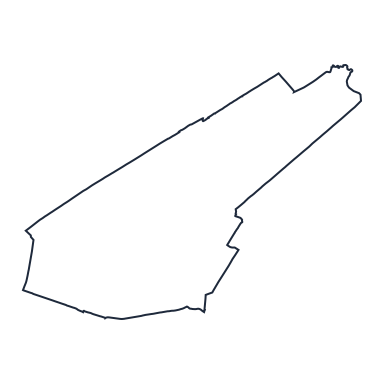 Marsa, Giurgiu, Romania (Natural Earth projection)
{"feature_id": "2599482B58006673270206", "entity_name": "Marsa", "entity_type": "district", "adm_level": 2, "iso_a3": "ROU", "parent_name": "Romania", "parent_adm1": "Giurgiu", "projection": "natural_earth1", "projection_center": [25.561, 44.365], "detail": "fine", "context": "isolated", "style": "outline", "palette": "slate", "viewbox_px": 384, "rotation_deg": 0, "n_neighbors": 0, "source": "geoboundaries", "source_scale": "gbopen_adm2", "svg_char_len": 5779}
<svg xmlns="http://www.w3.org/2000/svg" viewBox="0 0 384 384"><path d="M204.1,312.1L204.2,311.8L204.3,311.1L204.7,310.3L204.9,309.7L204.5,309.4L204.8,306.2L205.5,298.5L205.7,294.9L209.5,293.5L212.3,292.5L213.5,290.3L218.5,281.8L221.7,276.8L228.6,265.9L231.1,261.6L232.6,258.9L234.5,256.1L235.3,254.9L238.0,250.7L238.5,249.9L234.7,247.5L234.0,247.5L232.0,247.5L230.3,247.1L228.5,246.0L227.2,245.0L230.9,238.9L233.9,234.0L234.6,233.0L234.6,232.8L234.8,232.6L235.1,231.9L235.8,231.0L236.6,229.7L237.5,228.5L237.9,228.0L238.4,227.0L239.0,226.0L239.4,225.4L240.1,224.2L241.0,223.0L241.2,222.8L241.8,222.5L242.2,222.2L242.3,222.0L242.2,221.5L242.0,220.9L242.0,220.7L242.1,219.8L242.0,219.6L241.7,219.2L241.2,218.7L240.7,218.2L240.5,217.9L237.7,216.9L235.5,216.2L235.3,216.1L235.3,215.9L235.3,215.6L235.5,215.3L235.8,214.8L236.0,214.4L235.7,214.3L235.7,214.1L235.6,213.8L236.1,211.7L235.8,209.9L235.7,209.2L236.5,208.6L238.4,207.1L241.2,204.8L244.5,202.0L245.2,201.2L246.6,199.9L248.1,198.4L249.2,197.5L251.2,195.9L251.7,195.6L253.6,194.1L256.4,191.6L257.1,191.0L261.1,187.6L262.3,186.4L265.7,183.5L269.1,180.9L271.0,179.3L274.7,176.1L277.2,173.9L283.1,168.8L285.5,166.8L286.1,166.2L294.3,159.1L296.5,157.3L299.2,155.0L300.6,153.8L303.9,151.0L306.8,148.6L309.3,146.5L312.4,143.5L319.8,137.3L322.4,135.0L323.7,133.9L326.7,131.4L329.2,129.2L331.5,127.2L332.8,126.0L340.9,119.2L343.3,117.1L351.2,110.1L354.7,107.2L361.0,100.9L360.5,94.7L359.1,93.2L353.7,91.1L349.0,87.6L347.5,85.4L346.8,81.6L347.0,80.2L347.9,78.3L348.2,77.6L348.5,76.8L349.1,76.1L349.5,75.5L349.8,74.8L349.9,74.3L350.1,73.7L350.3,73.1L350.4,72.6L350.7,72.2L350.9,72.1L351.8,71.7L352.2,71.3L352.3,70.9L352.3,70.4L352.2,70.1L351.4,69.4L350.9,69.2L350.6,69.3L349.6,69.9L349.2,70.0L348.8,69.9L348.3,69.6L347.9,69.5L347.6,69.3L347.4,68.9L347.4,68.5L347.5,68.3L347.2,67.8L347.1,67.6L347.2,67.1L347.4,66.6L347.3,66.2L347.0,65.8L346.6,65.5L346.0,65.1L345.5,65.0L345.1,65.0L344.6,65.1L344.0,65.2L343.4,65.2L343.2,65.4L343.2,65.6L343.2,65.9L343.3,66.2L343.2,66.5L342.9,66.9L342.7,66.9L342.3,66.9L341.5,66.7L340.9,66.5L340.5,66.4L340.2,66.5L339.3,67.2L339.1,67.8L338.7,67.9L338.4,67.8L338.2,67.6L338.2,67.4L338.4,67.2L338.5,66.9L338.5,66.3L338.4,66.1L338.2,66.0L337.8,65.8L337.4,65.9L337.0,66.1L336.8,66.5L336.6,66.8L335.8,66.9L335.3,66.9L334.9,66.7L334.0,66.6L333.9,66.5L333.9,66.3L333.9,66.0L333.9,65.8L333.5,65.5L333.2,65.4L332.8,65.5L332.7,65.8L332.8,66.3L332.7,66.6L332.6,66.9L331.4,67.3L331.5,68.3L331.4,68.5L330.5,71.4L330.4,71.7L330.2,72.0L329.8,72.2L329.6,72.2L328.6,72.1L327.1,71.8L326.6,71.9L326.4,72.0L326.1,72.1L325.6,72.4L322.8,74.5L321.5,75.5L318.8,77.5L316.4,79.4L314.1,81.0L312.8,81.9L305.3,86.6L304.0,87.4L303.0,87.9L294.0,92.1L294.2,91.5L293.6,90.7L292.8,89.7L291.6,88.3L285.8,81.6L281.7,77.1L278.6,73.4L274.4,76.2L273.0,77.0L271.8,77.8L270.8,78.3L268.2,79.9L267.3,80.6L264.6,82.2L263.9,82.5L257.3,86.8L255.0,88.1L253.3,89.1L252.0,89.9L251.0,90.5L249.8,91.3L249.4,91.5L247.2,93.0L245.6,94.0L244.4,94.6L242.3,95.9L241.5,96.4L241.6,96.5L241.2,96.6L240.3,97.1L239.0,98.0L238.2,98.5L237.5,98.9L236.8,99.5L235.8,100.1L235.3,100.4L234.0,101.1L232.6,102.1L231.3,102.9L229.9,103.6L229.3,104.1L228.1,104.9L227.7,105.2L226.4,106.1L224.6,107.2L222.6,108.7L221.8,109.2L220.6,109.8L220.1,110.1L218.7,111.0L215.9,112.8L215.3,113.1L215.1,113.2L215.0,113.5L214.2,113.5L211.1,115.7L208.8,117.1L209.0,117.2L208.9,117.8L208.3,118.1L207.9,118.1L206.5,119.1L205.9,119.5L205.7,119.8L205.2,120.1L203.3,121.1L203.0,121.1L202.8,120.9L202.6,120.5L202.6,120.2L202.6,119.7L202.7,119.3L202.9,118.8L203.0,118.3L202.8,118.3L200.1,119.7L191.6,124.4L190.3,124.6L188.2,125.8L185.1,128.1L184.0,128.8L182.3,129.8L180.9,130.3L178.9,131.7L179.2,132.3L178.9,132.4L176.6,133.9L174.6,135.1L172.7,136.1L169.5,138.1L168.6,138.6L168.0,138.7L167.2,139.2L163.8,141.2L159.8,143.6L156.2,145.9L144.1,153.5L141.2,155.4L134.6,159.5L129.5,162.6L126.4,164.4L122.3,167.0L118.0,169.6L114.4,171.8L113.3,172.5L112.2,173.1L108.4,175.4L105.6,177.0L104.6,177.6L103.0,178.7L100.9,180.0L95.2,183.4L92.1,185.3L86.4,189.2L83.3,190.9L71.8,198.7L68.8,200.8L67.0,202.0L63.8,204.0L61.1,205.9L55.1,209.8L52.0,211.9L51.0,212.5L46.8,215.3L45.0,216.4L43.9,217.2L42.8,218.0L42.5,218.2L40.1,219.7L38.5,220.9L30.7,227.0L25.8,230.7L30.8,235.4L30.9,237.0L33.5,239.9L31.9,251.5L30.8,257.8L28.9,268.8L28.8,269.4L28.7,270.0L28.5,270.7L27.6,275.5L26.7,279.7L26.4,281.0L25.9,282.7L24.4,286.4L23.0,290.1L23.9,290.5L30.9,292.9L32.0,293.2L32.4,293.4L32.8,293.7L33.2,293.8L33.5,294.0L33.8,294.1L39.8,296.1L52.5,300.4L54.5,301.1L66.2,305.1L66.6,305.3L67.0,305.6L68.2,305.9L69.4,306.3L72.6,307.4L73.5,307.7L74.4,307.9L74.9,308.1L76.4,308.7L76.7,308.9L78.0,309.9L80.2,310.9L81.5,311.4L82.1,311.6L82.9,312.1L83.1,312.2L83.2,311.9L83.5,311.4L83.6,310.9L83.8,310.8L84.0,310.8L84.4,311.2L84.6,311.3L87.7,312.3L89.8,312.8L90.6,313.0L90.9,313.1L91.7,313.5L93.1,314.1L98.0,315.6L100.2,316.3L100.8,316.4L102.7,317.0L103.6,317.3L104.5,317.6L104.9,317.7L105.1,317.8L105.2,318.2L105.6,317.9L106.0,317.7L107.0,317.4L107.5,317.3L108.3,317.3L109.1,317.4L120.2,318.9L121.8,319.0L123.1,318.9L124.2,318.8L125.2,318.6L141.3,315.9L142.4,315.6L142.7,315.5L143.7,315.3L145.5,314.9L147.6,314.6L151.5,314.0L153.2,313.8L160.0,312.5L161.2,312.4L167.5,311.3L169.2,311.2L171.4,310.8L173.6,310.7L175.2,310.5L176.2,310.3L179.0,309.7L180.8,309.1L182.4,308.7L183.9,308.1L185.6,307.2L186.4,306.9L186.8,306.8L187.0,306.6L187.5,306.9L188.3,307.3L188.6,307.6L188.9,307.9L189.2,308.2L189.5,308.4L190.2,308.7L190.9,308.7L191.3,308.8L191.7,308.8L192.3,309.0L194.2,309.1L195.8,309.1L196.6,309.0L197.4,308.8L197.7,308.8L198.2,308.7L198.5,308.8L198.8,308.9L199.2,308.9L199.5,309.0L200.6,309.5L201.0,309.8L202.2,310.8L202.7,311.2L202.9,311.2L203.1,311.1L203.3,311.3L203.5,311.7L204.1,312.1Z" fill="none" stroke="#1e293b" stroke-width="2"/></svg>